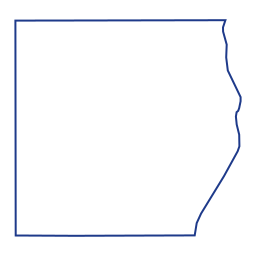 the district of Sheboygan, Wisconsin, United States of America
{"feature_id": "52423323B63289928917909", "entity_name": "Sheboygan", "entity_type": "district", "adm_level": 2, "iso_a3": "USA", "parent_name": "United States of America", "parent_adm1": "Wisconsin", "projection": "natural_earth1", "projection_center": [-87.8, 43.717], "detail": "fine", "context": "isolated", "style": "outline", "palette": "blue", "viewbox_px": 256, "rotation_deg": 0, "n_neighbors": 0, "source": "geoboundaries", "source_scale": "gbopen_adm2", "svg_char_len": 424}
<svg xmlns="http://www.w3.org/2000/svg" viewBox="0 0 256 256"><path d="M15.4,20.6L15.7,235.5L74.5,235.8L194.7,235.4L196.7,223.1L201.1,213.5L224.0,176.1L237.7,151.2L239.4,146.3L239.2,134.7L236.7,124.5L235.9,116.6L236.6,112.2L238.2,110.8L239.2,108.0L240.6,101.2L240.6,100.8L240.6,97.1L227.8,70.5L226.2,57.4L226.7,44.6L223.1,31.6L223.0,27.4L225.4,20.2L74.1,20.5L15.4,20.6Z" fill="none" stroke="#1e3a8a" stroke-width="2"/></svg>